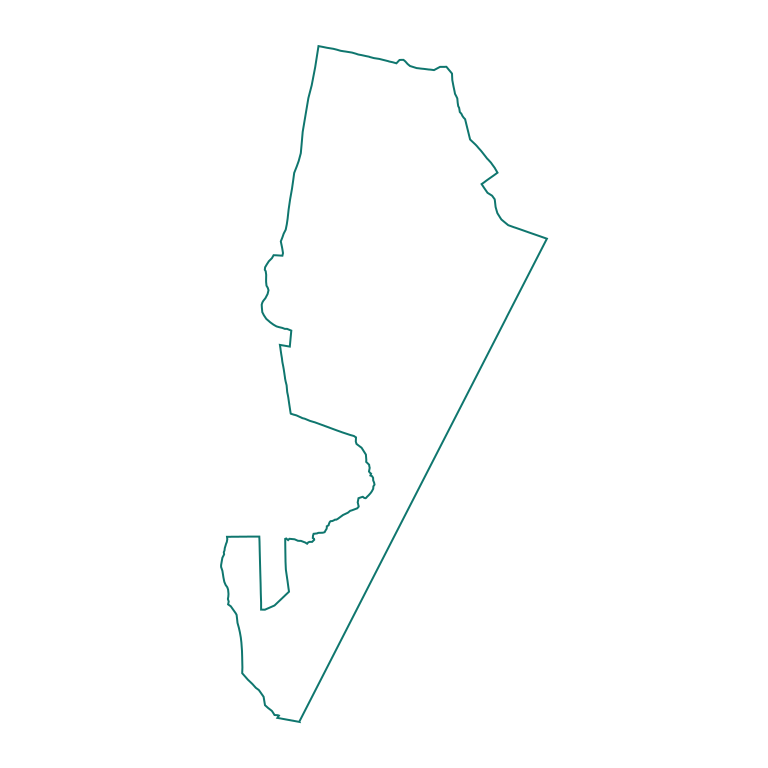 Mazapa de Madero, Chiapas, Mexico (Robinson projection)
{"feature_id": "50627088B77163225052710", "entity_name": "Mazapa de Madero", "entity_type": "district", "adm_level": 2, "iso_a3": "MEX", "parent_name": "Mexico", "parent_adm1": "Chiapas", "projection": "robinson", "projection_center": [-92.197, 15.358], "detail": "fine", "context": "isolated", "style": "outline", "palette": "teal", "viewbox_px": 768, "rotation_deg": 0, "n_neighbors": 0, "source": "geoboundaries", "source_scale": "gbopen_adm2", "svg_char_len": 4730}
<svg xmlns="http://www.w3.org/2000/svg" viewBox="0 0 768 768"><path d="M318.5,46.1L315.2,67.1L311.7,85.3L308.4,98.0L305.9,112.8L302.7,131.8L301.6,144.4L300.8,153.2L298.7,161.0L296.8,166.3L294.2,172.9L293.3,179.6L292.0,188.7L290.1,199.4L288.6,209.7L287.6,218.8L286.8,224.3L285.7,229.7L283.7,233.6L282.6,236.8L282.2,237.9L280.8,241.4L282.0,247.2L282.3,248.8L283.0,253.1L282.4,255.7L279.3,255.5L276.3,255.3L273.6,255.2L271.9,258.2L271.1,259.0L268.7,261.4L268.5,261.8L266.8,264.4L265.1,267.3L264.8,269.8L265.7,271.2L266.2,274.9L266.1,279.5L266.1,281.9L266.5,285.7L267.7,287.7L268.5,290.2L267.6,294.0L265.4,298.2L263.4,300.7L262.4,302.4L261.7,304.7L261.9,308.0L262.3,312.2L263.9,315.3L266.3,318.9L269.1,321.3L270.1,322.2L273.4,324.6L275.1,325.6L276.5,326.4L278.9,327.1L282.3,327.9L284.9,328.9L287.1,328.9L291.3,330.6L289.8,346.6L279.9,344.9L280.5,348.8L280.6,349.8L281.3,354.6L281.9,358.1L282.3,361.5L282.5,362.7L283.2,366.2L283.7,369.0L284.3,373.0L285.0,377.8L285.0,378.2L285.6,381.3L286.6,385.3L287.1,390.9L287.2,392.0L287.4,393.0L287.9,395.3L288.3,397.6L289.1,403.2L290.4,411.7L290.7,413.5L290.8,413.7L293.9,414.7L294.4,414.8L296.5,415.4L299.1,416.6L302.0,417.9L302.2,418.1L304.7,418.7L310.0,420.9L313.7,422.0L314.8,422.3L330.3,428.0L336.8,430.4L341.6,432.1L341.8,432.2L350.6,435.1L352.9,435.7L354.1,436.1L355.6,437.2L356.0,437.4L355.8,441.6L356.5,443.9L357.5,444.7L361.6,447.8L365.9,454.6L366.3,459.9L366.2,461.9L369.1,464.7L369.3,466.2L369.7,467.9L369.3,469.8L369.0,471.5L369.8,472.6L371.1,473.7L370.4,475.5L372.1,476.2L373.1,477.9L373.2,480.4L374.1,482.6L374.5,484.7L373.4,486.3L373.2,488.8L371.8,491.4L370.5,493.2L368.9,495.0L367.9,496.0L367.0,496.8L366.5,497.5L365.8,498.1L365.3,498.2L364.2,497.9L362.8,496.8L361.1,497.3L358.5,498.2L357.7,502.5L358.0,503.5L358.3,505.0L358.7,506.3L358.5,506.9L358.0,507.4L357.3,508.3L351.7,510.4L350.2,510.8L347.9,512.7L343.0,515.0L337.4,519.1L336.1,519.7L335.1,519.6L334.3,520.1L332.4,521.0L330.5,521.2L329.7,522.1L329.3,523.0L328.8,524.3L328.6,525.3L326.8,526.3L326.8,526.9L326.8,527.7L326.6,528.8L325.7,530.2L324.6,532.2L322.9,532.7L320.7,532.8L318.8,532.8L317.9,533.0L317.1,533.4L316.3,533.5L313.6,533.8L313.0,535.7L312.8,538.0L314.0,538.8L314.2,539.8L312.1,541.9L311.1,541.9L310.6,541.9L309.3,541.9L308.1,542.5L307.1,543.7L305.2,542.5L301.0,540.9L298.0,540.8L294.6,539.3L289.4,538.8L288.1,540.1L286.2,538.5L285.2,538.9L285.3,548.3L285.5,560.4L285.5,561.2L285.8,568.3L285.9,569.9L287.5,580.8L288.4,587.5L289.0,591.7L274.5,605.5L264.9,609.7L261.1,609.6L261.1,602.6L260.8,593.4L260.6,583.9L260.2,569.6L260.0,562.0L259.7,550.1L259.5,541.3L259.3,536.6L250.9,536.6L227.0,536.8L227.3,539.2L226.8,542.0L226.0,544.0L225.4,546.1L224.8,548.0L224.5,550.5L223.8,552.2L224.1,554.4L222.4,557.7L221.8,561.0L221.1,565.1L221.1,567.0L222.4,570.8L223.0,574.6L223.4,577.3L224.3,581.8L225.6,584.9L227.3,587.3L228.1,589.7L228.5,594.0L228.3,596.8L227.9,599.0L228.7,601.6L228.1,604.4L230.8,606.3L235.8,613.4L236.6,614.9L237.1,619.1L237.5,622.9L238.9,627.9L239.2,629.3L239.9,632.4L240.8,637.5L241.4,642.6L242.0,651.0L242.2,657.7L242.2,658.4L242.4,667.5L242.2,673.2L242.7,673.8L247.8,679.6L252.4,684.0L255.8,687.8L258.8,690.0L259.9,691.5L263.6,696.8L265.0,705.2L268.0,707.9L271.5,710.6L271.7,710.8L272.1,711.2L273.2,712.9L274.5,715.0L277.4,715.2L277.8,715.2L278.9,715.6L278.7,715.9L277.4,717.9L299.4,721.9L299.3,721.7L371.8,580.1L458.0,412.1L506.3,317.9L506.4,317.6L506.5,317.5L506.6,317.2L541.0,250.2L546.9,238.7L539.2,236.0L528.8,232.4L520.9,229.6L515.4,227.7L514.1,227.3L508.3,225.2L508.0,225.0L503.9,221.6L501.4,219.5L500.4,218.0L498.4,214.8L497.4,213.2L496.7,210.9L495.6,207.0L494.9,200.8L494.7,199.3L492.1,195.7L487.5,192.8L484.4,188.3L481.6,184.1L483.9,182.5L486.4,180.6L489.5,178.4L493.5,175.6L497.5,172.7L495.1,168.6L494.8,168.0L492.4,164.7L491.0,162.7L487.8,159.2L487.3,158.8L483.8,154.3L481.6,151.5L480.6,150.3L478.6,148.1L477.1,146.3L475.6,144.7L472.1,141.4L470.1,139.5L465.1,119.2L463.6,117.6L462.4,115.9L461.4,113.8L459.8,112.0L459.5,110.0L459.1,107.8L458.2,106.1L457.7,102.8L457.3,98.4L456.3,96.3L455.0,93.8L454.6,91.6L453.6,86.9L453.5,86.4L452.3,80.1L452.0,73.6L451.3,72.7L449.4,70.4L449.2,70.2L447.5,68.1L446.4,66.8L445.8,66.8L443.2,66.9L440.0,66.9L438.1,67.9L435.5,69.3L434.0,70.1L431.1,69.7L429.0,69.5L428.7,69.5L426.4,69.2L424.0,68.9L420.9,68.6L418.7,68.3L416.7,68.1L413.5,67.1L410.0,66.0L407.6,64.0L406.0,62.2L405.3,61.4L403.5,59.9L400.8,59.9L399.5,60.0L396.4,63.3L392.9,62.3L389.2,61.5L388.0,61.1L379.2,58.9L373.9,58.1L369.4,56.9L369.1,56.7L366.5,56.2L363.8,55.6L361.5,55.1L358.2,54.5L355.9,53.7L352.1,52.6L350.9,52.4L345.3,51.5L343.8,51.3L340.7,50.8L339.6,50.5L336.9,49.7L333.3,48.8L327.1,47.8L326.1,47.6L322.2,46.8L320.0,46.4L318.5,46.1Z" fill="none" stroke="#0f766e" stroke-width="2"/></svg>